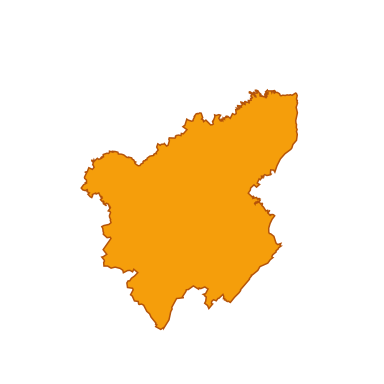 the district of Cacadu, Eastern Cape, South Africa, rotated 298°
{"feature_id": "47623444B84929106525656", "entity_name": "Cacadu", "entity_type": "district", "adm_level": 2, "iso_a3": "ZAF", "parent_name": "South Africa", "parent_adm1": "Eastern Cape", "projection": "equal_earth", "projection_center": [25.475, -32.951], "detail": "fine", "context": "isolated", "style": "filled", "palette": "amber", "viewbox_px": 384, "rotation_deg": 298, "n_neighbors": 0, "source": "geoboundaries", "source_scale": "gbopen_adm2", "svg_char_len": 6078}
<svg xmlns="http://www.w3.org/2000/svg" viewBox="0 0 384 384"><g transform="rotate(298 192 192)"><path d="M253.9,153.2L247.7,154.4L245.4,153.3L244.7,158.3L239.3,157.0L238.7,155.1L236.6,155.8L236.0,153.5L234.5,151.6L233.4,151.2L232.7,151.8L231.6,151.7L229.1,146.5L227.7,146.8L226.6,148.0L222.0,148.9L220.6,148.0L221.8,144.8L221.2,144.8L219.7,142.5L218.3,142.0L218.5,139.2L215.1,139.7L213.2,142.4L210.3,141.8L209.2,142.5L209.1,141.7L207.4,140.6L206.3,141.0L203.8,137.9L200.7,136.5L199.3,137.0L198.7,135.9L197.3,135.7L197.0,134.9L196.0,134.5L194.6,135.2L192.7,133.8L191.0,133.7L189.9,132.2L190.2,129.5L190.6,128.1L191.1,127.7L192.0,128.2L191.9,126.9L193.0,125.4L192.8,124.0L193.8,122.7L193.0,119.6L192.6,119.8L192.0,118.2L192.7,114.4L192.3,112.1L191.0,109.1L192.3,107.9L191.6,104.8L190.8,104.2L191.1,103.9L190.6,102.6L189.9,103.0L189.3,100.0L187.9,100.6L186.8,100.1L186.3,98.7L183.4,96.0L181.0,97.7L181.6,96.6L180.4,96.5L180.4,95.7L179.6,95.5L179.2,96.2L177.0,94.4L177.3,92.6L173.4,91.3L174.3,90.3L173.1,90.5L172.6,89.9L173.4,88.1L172.2,89.4L171.8,91.1L169.4,91.5L169.4,92.1L167.8,94.0L165.2,93.4L165.0,89.5L160.9,90.0L159.1,88.0L159.8,89.9L154.6,90.1L153.6,90.9L153.1,93.1L151.2,94.3L150.2,93.6L150.1,94.5L147.5,92.9L143.5,92.3L142.6,94.5L143.1,97.1L144.9,98.3L144.6,98.8L143.1,99.1L143.0,101.8L141.2,101.1L140.0,104.4L140.0,106.1L142.1,106.0L142.6,105.3L143.7,105.7L145.8,107.5L145.2,108.3L147.4,110.1L144.9,113.5L145.6,114.2L145.3,114.8L144.4,114.8L144.4,115.5L142.3,114.8L141.5,117.2L142.3,118.1L141.9,118.8L141.2,118.4L140.5,118.9L140.6,119.6L140.0,119.6L139.7,123.0L140.4,120.8L142.0,121.9L142.0,124.0L140.0,126.1L140.6,126.3L139.8,127.4L136.0,126.9L136.3,128.9L135.5,129.8L132.6,130.1L131.2,130.9L129.6,133.0L128.7,133.1L126.9,134.9L124.4,133.9L121.0,129.9L119.1,128.6L117.9,130.4L115.5,132.0L114.5,133.1L113.1,133.5L111.8,138.5L113.7,141.1L112.9,142.3L99.4,140.6L97.0,146.0L93.2,144.0L92.2,142.9L90.6,146.6L89.4,147.3L88.5,147.0L85.3,149.0L87.0,152.3L86.8,156.3L89.6,159.4L90.8,164.4L90.4,167.7L88.5,169.3L92.4,172.0L93.7,174.1L93.6,177.0L96.5,176.9L95.3,182.0L90.8,180.7L87.4,179.0L84.3,178.7L83.5,177.3L81.1,177.2L77.4,179.9L79.1,184.7L78.0,186.0L72.4,186.0L72.1,188.1L68.8,192.3L70.1,195.9L68.0,197.5L67.9,198.2L69.4,200.1L69.3,202.5L65.4,208.1L64.5,211.8L62.3,214.6L59.3,221.7L58.2,221.9L58.2,223.3L56.1,223.1L56.0,228.9L59.0,230.6L58.4,231.0L68.3,231.7L76.4,229.4L79.3,229.4L80.6,228.3L90.7,228.4L94.9,234.4L94.3,232.7L101.3,233.3L103.0,232.9L104.1,234.5L109.7,237.3L109.3,243.5L110.6,243.3L110.8,245.1L114.2,247.9L113.9,251.7L108.7,251.7L106.9,250.0L106.8,251.8L106.0,252.6L106.0,253.9L101.9,255.4L99.7,255.4L99.1,259.0L97.0,261.6L102.8,262.8L102.7,261.5L104.6,260.7L107.0,261.6L107.3,264.5L110.2,264.9L110.9,265.7L116.1,267.4L114.8,269.0L112.6,269.8L113.2,270.9L112.0,271.4L112.5,272.9L112.0,273.2L111.9,274.6L112.6,275.5L112.5,277.7L119.1,279.0L125.0,280.8L127.8,281.2L128.5,280.7L141.9,283.7L142.5,283.3L146.2,284.0L146.4,283.5L147.8,284.5L153.6,286.9L158.0,287.0L164.8,292.3L169.0,292.9L172.0,294.2L171.9,293.6L172.4,292.9L174.3,292.7L178.5,294.4L179.7,293.8L181.9,294.8L183.5,294.7L186.1,296.0L185.9,295.3L186.3,294.7L188.2,294.6L185.8,292.3L186.4,290.1L191.3,285.1L192.0,281.3L191.7,279.8L192.5,278.7L196.1,276.7L200.9,275.7L205.6,275.5L209.8,276.2L210.2,274.6L209.9,273.6L209.0,272.1L208.2,272.4L208.0,271.8L209.2,269.0L212.4,269.3L209.6,268.4L211.3,267.3L210.0,266.1L212.2,262.3L212.9,260.0L214.6,259.8L214.9,259.1L213.7,258.3L214.7,256.1L211.7,253.2L210.9,253.4L211.4,252.6L213.0,253.1L212.5,253.7L214.6,254.3L214.7,255.0L214.1,255.1L216.3,256.1L216.9,254.8L217.7,255.3L217.8,254.2L216.5,253.1L217.5,251.6L215.1,248.9L216.8,248.8L217.0,248.1L215.9,247.5L217.4,242.2L221.0,242.6L223.1,241.9L227.4,243.4L226.6,246.7L230.4,248.1L230.5,245.4L235.1,245.1L234.8,246.5L237.3,246.9L238.0,248.1L238.3,247.8L238.2,247.3L237.8,247.2L238.0,246.3L238.6,245.9L239.4,248.0L239.8,247.5L241.5,248.1L241.7,250.4L244.2,253.3L245.0,253.5L244.9,252.6L248.5,251.1L249.7,253.9L248.5,255.8L255.1,254.7L262.7,254.5L269.4,256.1L276.0,259.2L277.8,259.5L281.3,258.8L286.7,260.0L292.3,257.9L294.5,255.8L296.5,255.5L297.8,253.9L300.9,252.5L301.3,251.7L303.7,250.1L311.4,247.9L315.7,244.2L320.2,243.4L320.6,242.6L322.3,242.0L322.3,241.3L323.3,240.5L326.6,239.6L328.0,237.9L328.0,237.0L324.4,235.0L324.0,233.0L323.1,232.4L322.4,230.4L321.0,229.0L320.1,226.7L318.7,225.4L318.7,224.6L319.8,223.2L320.0,220.7L319.1,218.8L317.9,218.2L318.6,217.3L320.0,218.1L320.3,217.2L319.0,215.6L317.3,215.8L318.5,214.6L317.2,212.2L316.9,211.1L317.3,210.7L315.1,210.0L314.9,212.2L315.3,212.5L314.2,213.1L313.4,212.4L313.6,211.4L313.1,210.9L313.4,210.5L312.5,210.4L312.2,210.6L312.4,212.1L311.9,212.3L311.9,213.2L310.1,213.2L309.9,212.5L310.9,212.3L311.5,211.4L309.8,210.8L309.8,209.2L309.4,209.2L308.7,207.1L309.6,206.4L310.2,207.3L310.7,206.8L311.1,204.7L312.3,202.7L312.1,201.1L311.6,200.2L311.0,200.5L310.9,202.7L309.9,203.1L309.2,202.0L309.1,199.7L308.3,199.4L306.7,203.2L306.0,203.7L305.8,202.8L307.2,200.3L307.7,196.5L307.4,195.7L306.5,196.0L306.5,198.6L306.2,199.3L304.4,198.9L303.6,201.0L302.8,200.8L302.2,199.8L300.7,201.1L299.3,198.9L298.3,200.4L297.4,200.5L297.6,199.1L296.8,198.3L297.0,196.8L296.6,196.2L294.2,197.8L294.1,197.2L294.9,195.6L294.4,193.0L293.8,193.4L293.5,195.5L292.9,195.7L291.5,194.7L290.2,195.8L289.9,195.3L290.4,193.3L289.7,191.7L288.7,192.3L288.7,194.5L288.0,194.9L287.2,194.2L287.0,192.4L286.5,193.4L286.1,193.5L285.3,191.9L282.0,194.2L280.4,193.4L280.2,191.0L275.0,191.2L275.6,188.1L275.0,186.6L274.3,186.5L274.1,187.4L272.6,185.8L271.6,186.4L272.0,184.7L271.0,185.2L270.3,184.1L269.9,185.4L269.3,185.7L269.5,184.8L269.1,183.6L268.9,184.5L268.4,184.5L268.2,183.6L269.7,181.0L273.2,181.2L272.9,179.4L270.9,177.4L270.7,175.8L269.1,176.9L264.7,177.4L264.8,177.1L263.9,177.0L262.1,178.9L261.0,178.4L260.0,177.0L262.0,170.5L259.6,169.2L260.9,167.9L260.9,166.2L262.6,166.6L265.9,163.1L265.5,161.8L263.8,160.5L263.9,160.0L263.0,159.0L259.8,158.5L259.7,159.0L256.6,159.0L255.5,159.5L254.3,158.4L253.7,154.7L253.9,153.2Z" fill="#f59e0b" stroke="#b45309" stroke-width="1.5"/></g></svg>